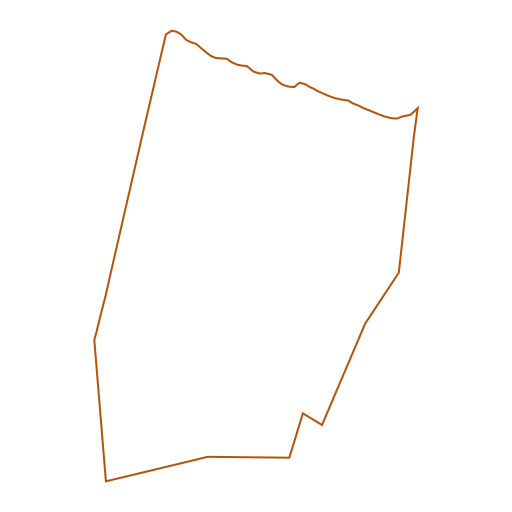 the district of São Miguel do Gostoso, Rio Grande do Norte, Brazil
{"feature_id": "56859067B76662492887230", "entity_name": "São Miguel do Gostoso", "entity_type": "district", "adm_level": 2, "iso_a3": "BRA", "parent_name": "Brazil", "parent_adm1": "Rio Grande do Norte", "projection": "equal_earth", "projection_center": [-35.72, -5.191], "detail": "fine", "context": "isolated", "style": "outline", "palette": "amber", "viewbox_px": 512, "rotation_deg": 0, "n_neighbors": 0, "source": "geoboundaries", "source_scale": "gbopen_adm2", "svg_char_len": 870}
<svg xmlns="http://www.w3.org/2000/svg" viewBox="0 0 512 512"><path d="M105.9,481.3L207.4,456.9L215.3,456.9L289.3,457.7L302.9,413.4L322.0,425.0L365.2,323.5L386.1,291.9L398.8,272.6L414.0,135.6L414.9,128.9L417.7,108.2L410.4,114.9L403.3,116.2L396.8,118.6L391.3,118.2L384.9,116.6L378.7,114.3L370.4,110.9L363.4,108.1L358.8,105.7L352.6,103.3L348.4,100.6L342.5,99.8L334.8,98.1L328.0,95.7L323.2,93.5L318.2,91.4L314.3,89.1L309.8,87.0L305.2,84.2L299.6,82.7L294.1,87.1L288.2,86.5L282.3,84.6L277.5,80.9L271.7,74.8L264.8,73.0L259.8,73.6L253.3,71.5L246.8,66.0L241.9,65.6L237.4,64.7L232.1,62.5L226.9,58.8L221.2,58.4L215.8,58.0L210.8,55.9L205.2,51.6L200.4,47.5L196.1,43.9L191.0,42.2L186.2,39.9L181.1,34.4L176.5,31.7L171.7,30.7L165.9,34.4L144.2,127.1L110.9,272.2L105.5,296.2L101.1,313.0L98.1,325.3L96.5,332.0L94.3,340.0L105.9,481.3Z" fill="none" stroke="#b45309" stroke-width="2"/></svg>